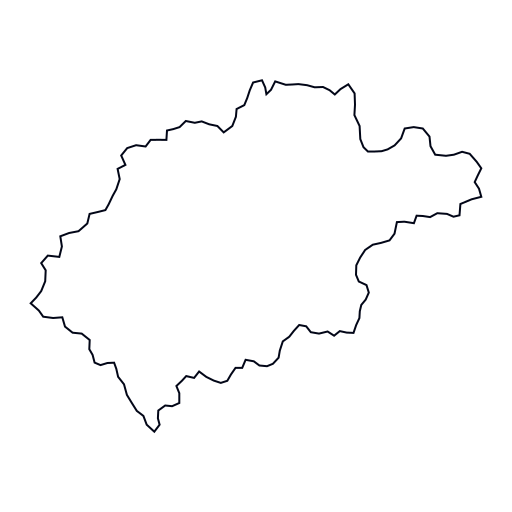 the district of Piau, Minas Gerais, Brazil
{"feature_id": "56859067B86039402851050", "entity_name": "Piau", "entity_type": "district", "adm_level": 2, "iso_a3": "BRA", "parent_name": "Brazil", "parent_adm1": "Minas Gerais", "projection": "orthographic", "projection_center": [-43.31, -21.51], "detail": "fine", "context": "isolated", "style": "outline", "palette": "ink", "viewbox_px": 512, "rotation_deg": 0, "n_neighbors": 0, "source": "geoboundaries", "source_scale": "gbopen_adm2", "svg_char_len": 2218}
<svg xmlns="http://www.w3.org/2000/svg" viewBox="0 0 512 512"><path d="M353.5,332.9L356.2,325.0L359.4,318.1L359.8,311.2L361.3,304.9L365.7,299.6L368.8,292.6L366.5,285.1L358.8,281.5L356.0,274.8L356.3,265.3L360.2,257.5L365.2,249.9L372.8,244.7L381.0,242.9L389.5,240.4L394.5,233.7L396.9,222.1L404.4,221.7L413.9,223.2L416.6,215.7L422.8,216.0L430.1,217.1L437.3,213.2L447.0,213.9L453.5,216.7L459.5,215.3L460.4,204.0L471.6,199.3L481.3,196.8L479.0,188.7L474.7,182.1L477.7,175.6L481.3,168.3L476.7,161.8L469.7,153.8L462.1,151.8L453.9,154.7L446.0,155.8L435.2,154.7L430.5,146.2L429.5,136.6L422.8,128.5L413.7,127.1L404.7,128.5L401.1,138.4L394.6,145.4L387.6,149.4L381.6,151.2L375.0,151.5L367.9,151.5L363.5,147.2L360.3,139.1L359.6,126.0L354.4,115.1L355.0,104.7L354.6,93.4L348.3,84.3L340.5,89.1L334.8,94.5L329.6,90.2L323.0,87.0L314.7,87.3L307.1,85.2L298.4,84.1L292.3,84.5L285.8,84.8L275.2,81.4L271.0,89.8L266.4,94.2L265.2,87.4L262.0,80.3L253.1,82.5L249.8,90.2L247.2,98.1L244.3,105.1L236.6,109.0L235.9,116.8L232.3,126.0L223.7,132.4L217.4,126.0L209.2,124.3L201.7,121.4L194.8,122.8L185.8,121.0L179.6,127.1L173.3,129.1L167.0,130.5L166.4,139.9L158.8,139.8L150.6,139.9L145.6,146.5L136.1,145.2L127.2,148.1L121.2,155.5L125.4,164.9L117.6,168.9L119.7,179.1L116.3,189.3L112.7,195.8L108.6,204.4L105.4,210.1L98.2,211.9L89.6,213.9L87.3,223.5L78.5,231.2L69.1,233.0L60.3,236.3L61.9,246.5L59.3,256.9L47.8,255.6L41.2,263.1L45.7,270.3L45.2,281.3L41.2,291.1L36.2,297.6L30.7,303.3L38.9,310.6L43.2,316.7L53.1,318.0L62.3,317.3L65.0,326.6L72.6,332.7L81.7,333.6L89.7,340.0L89.3,349.2L92.6,354.9L94.6,362.6L100.5,365.1L107.4,363.0L114.1,362.7L116.3,368.8L118.1,376.8L124.0,384.3L126.9,394.9L131.6,402.6L136.8,410.9L143.4,415.9L146.7,424.7L154.3,431.7L159.6,424.7L157.9,418.3L158.3,410.5L165.2,405.5L172.1,406.2L179.3,403.0L179.3,393.2L176.4,386.0L181.9,380.8L186.2,376.1L194.1,377.9L199.1,371.5L206.3,376.9L213.8,380.6L220.8,382.9L227.3,380.8L231.0,374.4L235.5,367.9L242.2,367.9L245.6,359.8L253.8,361.3L259.4,365.5L267.0,366.2L272.9,363.8L278.6,357.7L279.8,350.6L282.8,341.4L289.3,336.7L294.0,330.7L299.2,325.0L306.2,326.3L310.8,332.2L319.0,333.6L327.6,331.5L334.1,335.7L339.8,331.1L346.7,332.6L353.5,332.9Z" fill="none" stroke="#020617" stroke-width="2"/></svg>